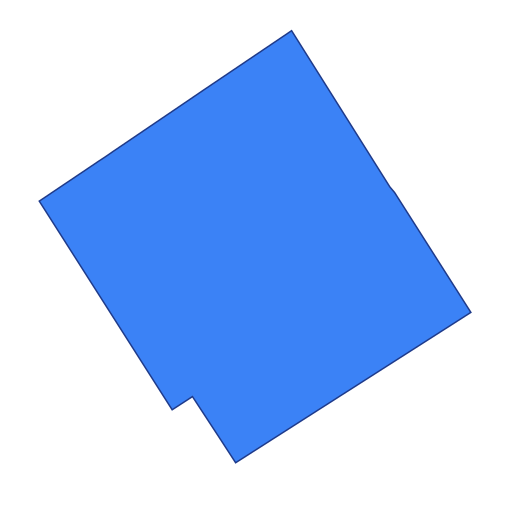 Barry, Missouri, United States of America (Mercator projection), rotated 146°
{"feature_id": "52423323B82075539049913", "entity_name": "Barry", "entity_type": "district", "adm_level": 2, "iso_a3": "USA", "parent_name": "United States of America", "parent_adm1": "Missouri", "projection": "mercator", "projection_center": [-93.839, 36.715], "detail": "fine", "context": "isolated", "style": "filled", "palette": "blue", "viewbox_px": 512, "rotation_deg": 146, "n_neighbors": 0, "source": "geoboundaries", "source_scale": "gbopen_adm2", "svg_char_len": 443}
<svg xmlns="http://www.w3.org/2000/svg" viewBox="0 0 512 512"><g transform="rotate(146 256 256)"><path d="M109.4,89.1L105.6,231.1L106.4,238.4L100.5,422.9L102.8,422.9L170.5,422.9L173.4,422.9L196.4,422.9L206.2,422.9L230.5,422.8L316.2,422.6L316.5,422.6L321.8,422.5L327.3,422.5L333.4,422.6L346.3,422.6L405.0,422.7L411.5,175.4L387.3,175.0L388.0,124.4L388.5,96.0L142.8,89.9L109.4,89.1Z" fill="#3b82f6" stroke="#1e3a8a" stroke-width="1.5"/></g></svg>